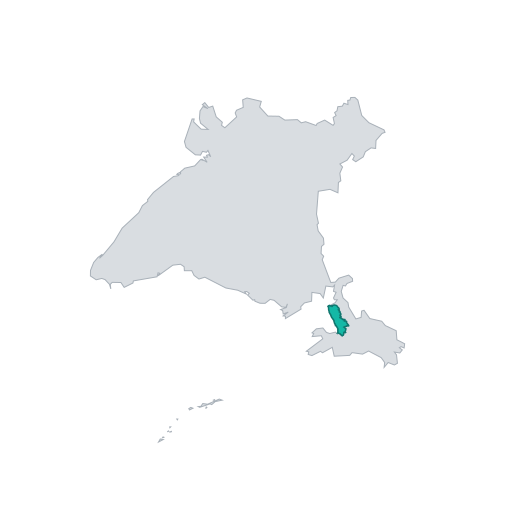 India, with Meghalaya highlighted, rotated 63°
{"feature_id": "IND-2489", "entity_name": "Meghalaya", "entity_type": "State", "adm_level": 1, "iso_a3": "IND", "parent_name": "India", "parent_adm1": "", "projection": "mercator", "projection_center": [91.449, 25.547], "detail": "fine", "context": "in_parent", "style": "filled", "palette": "teal", "viewbox_px": 512, "rotation_deg": 63, "n_neighbors": 0, "source": "natural_earth", "source_scale": "10m", "svg_char_len": 7154}
<svg xmlns="http://www.w3.org/2000/svg" viewBox="0 0 512 512"><g transform="rotate(63 256 256)"><path d="M96.1,232.0L102.2,230.7L102.8,226.5L114.0,228.3L121.5,225.3L124.0,227.4L127.6,225.5L123.3,210.1L119.1,209.6L117.3,207.2L117.8,199.9L110.8,197.0L111.1,192.3L120.6,181.1L124.9,185.1L136.7,181.9L141.9,172.1L148.0,168.6L153.3,157.2L157.9,155.2L158.9,150.8L167.0,143.2L165.7,141.3L166.1,133.1L174.6,128.0L173.6,126.0L167.6,124.4L167.3,120.9L163.9,120.8L163.4,117.9L160.1,115.3L161.7,111.1L159.8,108.3L162.8,105.3L159.0,103.6L159.7,101.5L157.8,99.6L159.6,95.9L163.3,94.5L178.8,98.0L188.5,94.9L201.7,84.7L204.4,84.9L204.0,88.0L207.5,96.6L214.5,100.6L211.9,104.4L212.7,111.2L216.4,115.5L217.3,124.3L214.0,126.1L211.6,123.0L208.2,124.0L212.0,131.3L212.1,139.5L216.0,138.5L220.3,143.7L227.5,146.3L227.9,149.2L236.9,154.3L230.2,159.8L226.6,171.1L246.2,183.1L255.2,185.5L255.8,187.4L261.9,189.2L270.7,187.8L276.4,190.1L277.2,193.3L283.3,196.9L286.9,195.8L289.4,198.7L313.5,201.4L315.3,197.2L313.4,192.2L315.1,182.1L319.9,180.3L322.4,181.4L321.8,187.4L323.3,189.9L321.7,191.7L326.2,196.1L332.9,197.5L339.3,195.2L343.6,196.6L357.4,195.6L358.4,190.2L353.0,186.9L353.4,184.4L363.4,183.0L371.2,173.6L376.7,172.4L386.2,165.0L394.6,168.5L401.7,163.4L405.2,165.8L402.6,167.9L402.8,169.9L406.1,168.3L407.7,171.9L404.4,176.3L407.9,175.7L415.8,178.7L415.9,182.2L410.9,186.6L413.4,192.4L409.3,189.7L403.4,190.6L391.8,198.8L391.8,205.6L385.7,214.3L387.1,217.6L380.8,231.8L372.0,229.5L372.4,240.7L370.2,241.8L370.1,251.4L367.4,254.2L365.3,252.5L363.7,254.4L360.1,234.1L356.7,234.0L353.3,242.5L351.3,239.8L349.9,241.0L348.3,235.3L350.5,229.1L356.1,227.9L358.6,225.4L359.9,219.7L362.6,218.9L358.0,216.2L340.3,216.3L333.7,214.7L333.6,206.8L331.9,203.5L330.6,206.0L328.6,206.0L324.7,201.1L322.7,203.0L317.6,199.2L318.4,201.6L314.5,207.4L324.0,215.1L318.6,215.9L313.8,222.7L321.5,227.0L319.8,234.2L321.5,239.2L323.8,240.0L325.1,258.2L323.0,257.1L321.7,259.0L320.6,252.7L320.0,258.1L316.7,257.0L314.9,258.4L315.7,252.4L312.9,249.7L315.3,252.7L313.0,256.2L303.7,260.0L301.1,263.1L302.3,269.4L299.9,273.9L295.8,277.5L294.3,277.0L294.0,278.8L287.0,281.2L286.2,278.9L283.4,280.4L282.7,282.3L285.5,281.9L278.2,287.8L270.8,297.4L251.7,311.2L250.6,317.3L245.2,320.0L239.9,319.9L236.6,326.5L232.9,324.9L229.1,327.0L226.4,334.3L229.2,352.3L227.6,349.7L226.5,350.9L229.6,353.6L222.5,376.6L224.2,377.9L224.1,387.7L218.3,388.4L214.2,396.1L215.1,398.7L219.4,400.3L214.7,399.4L208.5,401.2L206.0,403.6L204.6,409.2L198.6,412.6L193.7,410.0L188.0,403.5L185.5,397.4L184.6,392.1L187.0,396.5L185.8,392.2L178.9,376.1L170.4,362.6L164.2,340.8L159.5,334.3L158.2,327.6L156.5,327.0L152.8,318.5L147.7,293.4L149.1,289.0L148.8,287.5L147.3,289.5L146.9,288.3L147.0,285.8L148.9,286.0L146.7,285.0L145.4,279.6L147.9,269.7L144.9,261.5L146.2,260.3L144.8,260.5L150.3,257.0L144.1,257.7L145.8,254.4L143.8,254.4L144.2,252.2L147.0,251.3L140.1,250.9L141.1,253.0L138.5,256.2L140.9,259.6L138.3,264.1L127.4,269.0L121.5,267.8L104.9,250.7L105.8,248.9L108.2,250.7L118.1,247.3L121.5,241.2L112.5,245.1L107.8,244.0L101.3,240.0L98.8,235.4L102.8,232.0L96.8,235.1L96.1,232.0ZM365.4,374.1L363.3,370.4L366.1,366.4L366.8,353.7L369.1,351.6L367.2,358.4L368.3,362.9L366.9,364.1L365.4,374.1ZM377.4,421.9L377.5,427.3L375.6,424.4L377.4,421.9ZM363.0,385.1L361.5,385.2L361.3,382.9L363.0,381.3L363.0,385.1ZM372.5,413.3L372.4,414.9L372.1,413.4L372.5,413.3ZM374.2,411.1L373.7,413.2L373.8,411.0L374.2,411.1ZM376.0,420.0L375.4,421.7L375.0,421.0L376.0,420.0ZM366.3,400.5L365.3,400.6L365.8,399.7L366.3,400.5ZM365.0,375.0L364.0,375.8L364.5,374.4L365.0,375.0ZM368.6,368.5L369.1,370.1L367.9,368.9L368.6,368.5ZM369.9,410.7L369.1,410.5L369.5,409.6L369.9,410.7ZM365.5,358.3L365.0,360.0L365.2,358.1L365.5,358.3Z" fill="#d9dde1" stroke="#a8b0b8" stroke-width="1"/><path d="M361.7,218.2L361.6,217.9L361.3,217.8L361.0,217.6L360.9,217.4L360.2,217.2L359.9,217.1L359.7,217.0L359.6,216.9L359.4,216.7L359.2,216.6L358.8,216.6L358.7,216.5L358.5,216.3L358.5,216.2L358.2,216.1L357.8,216.0L357.5,216.0L357.2,216.1L356.3,216.1L355.2,216.2L354.6,216.2L354.4,216.3L354.3,216.5L354.2,216.4L353.9,216.4L353.8,216.6L353.7,216.7L353.2,216.7L352.8,216.5L352.8,216.4L352.7,216.3L352.4,216.3L352.2,216.5L351.7,216.6L351.2,216.5L349.6,216.1L349.1,215.8L348.9,215.8L348.7,215.9L348.0,215.9L346.2,216.2L345.9,216.3L344.5,216.5L344.2,216.5L344.1,216.4L343.9,216.3L343.8,216.2L343.6,216.2L343.4,216.3L342.9,216.3L342.6,216.2L342.3,216.1L341.9,216.3L341.0,216.2L339.9,216.4L339.5,216.4L338.7,216.0L336.9,215.7L334.5,214.6L334.1,214.6L333.7,214.8L333.4,214.5L333.3,214.1L333.3,213.7L333.3,213.3L333.3,213.2L333.4,212.9L333.7,212.8L334.1,212.6L334.3,212.5L334.3,212.3L334.4,212.2L334.4,211.8L334.4,211.7L334.6,211.4L335.0,211.4L335.3,211.3L335.5,211.2L335.5,210.9L335.4,210.7L335.1,210.5L335.1,210.4L334.9,210.1L334.9,209.8L334.9,209.7L334.9,209.4L335.0,209.3L335.1,209.1L335.2,208.9L335.2,208.7L335.3,208.3L335.4,208.2L335.7,207.9L335.8,207.8L335.9,207.6L336.0,207.5L336.1,207.3L336.5,207.0L336.8,206.7L337.0,206.6L337.9,206.4L338.6,206.4L338.8,206.3L339.1,206.3L339.1,206.2L339.4,206.0L339.6,205.9L339.9,205.9L340.4,205.9L340.6,205.9L340.8,205.9L341.2,206.1L341.5,206.3L341.6,206.5L341.4,206.9L341.4,207.0L341.9,206.8L342.0,206.7L342.2,206.4L342.3,206.4L342.4,206.5L342.5,206.8L342.8,206.8L343.1,206.7L343.8,206.5L343.9,206.9L344.0,206.9L344.0,207.0L344.4,206.8L344.5,206.7L345.0,206.7L345.4,206.7L345.6,206.8L346.1,206.7L346.2,206.8L346.3,206.8L346.3,207.0L346.5,207.1L346.8,207.3L346.8,207.6L346.7,207.9L346.7,208.0L346.8,208.1L347.0,208.0L347.1,207.9L347.3,208.0L347.5,208.0L348.4,207.7L348.6,207.7L348.7,207.8L348.6,208.1L348.6,208.3L348.6,208.6L348.7,209.0L348.8,209.3L349.0,209.3L349.4,209.1L349.9,208.5L350.1,208.2L350.4,208.0L351.0,207.8L351.7,207.8L352.3,207.4L352.0,207.5L351.9,207.5L351.7,207.5L351.7,207.4L351.9,207.1L352.0,207.1L352.2,206.7L352.4,206.5L352.6,206.3L352.7,206.1L352.9,205.7L353.0,205.6L353.3,205.7L353.5,205.8L353.6,206.0L353.5,206.4L353.4,206.5L353.4,206.8L353.5,206.9L353.8,206.9L354.1,206.8L354.2,206.6L354.3,206.5L354.5,206.2L354.6,205.7L355.2,205.1L355.3,205.0L355.5,205.0L355.8,205.1L356.1,205.4L356.2,205.5L356.4,205.6L356.6,205.6L356.9,205.5L357.7,205.4L357.8,205.3L358.0,205.4L358.7,205.2L359.1,205.0L360.2,205.0L360.3,205.1L360.3,205.4L359.5,206.2L359.4,206.2L359.4,206.3L359.4,206.6L359.5,206.8L359.8,206.9L359.8,207.1L359.6,207.5L359.5,207.9L359.3,208.3L359.3,208.5L359.3,208.8L359.3,209.1L359.3,209.7L359.3,209.9L359.5,209.8L359.7,209.7L359.9,209.6L360.4,209.4L360.9,209.4L361.1,209.3L361.2,209.2L361.3,209.1L361.5,209.0L361.6,208.9L361.8,209.0L362.0,209.1L362.2,209.4L362.7,209.7L363.2,210.2L363.9,211.1L364.0,211.1L364.3,211.0L364.5,210.9L364.8,210.8L364.9,211.0L364.7,211.3L364.5,211.6L364.4,211.7L364.3,211.8L364.1,212.0L363.9,212.2L363.9,212.3L364.2,212.5L364.3,212.7L364.4,212.8L364.8,212.9L365.0,213.0L365.6,213.5L365.8,213.8L366.0,213.9L366.1,214.0L366.2,214.3L366.1,214.5L366.1,214.8L366.1,215.0L366.3,215.3L366.3,215.5L364.9,215.9L364.6,216.3L364.4,216.3L364.0,216.4L363.9,216.4L363.6,216.4L363.6,216.5L363.4,216.7L363.2,216.8L362.8,217.1L362.4,217.4L361.9,217.9L361.7,218.2Z" fill="#14b8a6" stroke="#0f766e" stroke-width="1.5"/></g></svg>